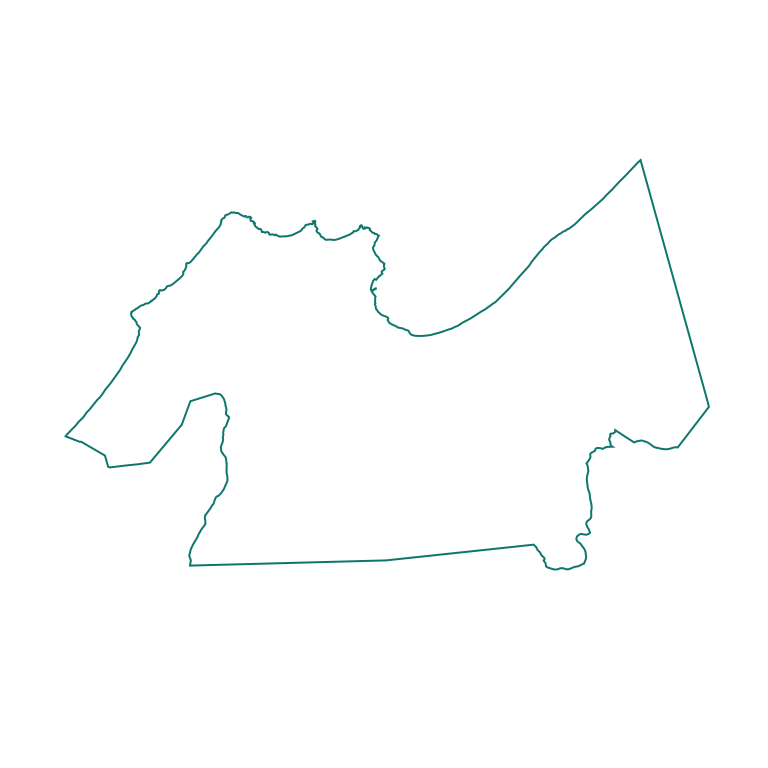 Paita, Piura, Peru, rotated 85°
{"feature_id": "86281439B31634859634019", "entity_name": "Paita", "entity_type": "district", "adm_level": 2, "iso_a3": "PER", "parent_name": "Peru", "parent_adm1": "Piura", "projection": "mercator", "projection_center": [-81.063, -5.08], "detail": "fine", "context": "isolated", "style": "outline", "palette": "teal", "viewbox_px": 768, "rotation_deg": 85, "n_neighbors": 0, "source": "geoboundaries", "source_scale": "gbopen_adm2", "svg_char_len": 6161}
<svg xmlns="http://www.w3.org/2000/svg" viewBox="0 0 768 768"><g transform="rotate(85 384 384)"><path d="M548.0,593.1L559.9,397.5L557.1,248.9L559.6,246.8L561.0,246.0L562.6,245.6L565.5,243.1L567.1,242.7L568.7,241.7L571.3,239.4L572.2,239.3L572.9,239.5L573.6,240.3L574.1,240.3L576.2,238.8L579.8,238.4L580.2,238.1L581.0,237.0L583.6,230.7L583.8,228.8L583.7,226.8L582.9,224.5L583.1,221.6L584.4,218.6L584.7,216.2L582.9,210.6L582.4,205.8L580.5,201.2L580.4,200.4L575.5,198.0L573.0,197.7L568.2,198.0L565.7,198.9L560.1,202.3L557.7,205.0L555.4,205.9L554.2,205.7L552.5,204.9L550.8,202.2L550.6,200.5L551.8,195.8L551.2,193.1L550.6,192.2L550.0,191.8L547.0,192.5L544.6,193.7L542.6,194.4L540.7,194.7L539.2,194.2L538.3,193.3L536.6,190.6L534.9,189.3L532.9,188.9L529.3,188.8L525.1,187.8L521.8,187.9L515.7,188.7L510.6,188.7L507.8,189.6L504.5,190.1L496.5,190.3L492.6,189.4L488.4,188.0L484.2,188.2L482.1,188.6L480.7,189.2L479.2,187.7L476.2,185.4L474.8,184.7L471.8,184.7L471.1,184.2L470.6,183.5L469.2,180.2L468.6,179.4L467.3,179.1L466.6,178.3L466.3,177.1L466.7,174.1L467.7,172.2L466.1,167.8L466.4,161.8L465.1,163.4L463.0,163.7L461.8,163.6L459.2,164.6L457.8,164.2L455.4,162.9L454.3,163.2L453.7,163.0L453.1,161.9L453.3,160.2L453.0,159.6L451.9,157.9L450.1,157.7L464.0,140.0L463.0,136.4L462.7,132.3L464.5,127.7L465.2,126.4L470.5,120.2L472.7,113.4L473.7,108.4L473.3,104.3L472.5,100.8L472.4,98.8L472.8,96.9L435.1,62.3L426.2,63.8L183.3,108.9L185.4,111.7L198.0,125.9L203.5,132.5L210.0,139.6L215.8,146.7L218.5,149.5L228.1,162.4L232.0,168.3L241.8,180.3L245.7,186.7L245.7,187.7L246.9,189.5L248.0,192.6L249.3,194.6L249.7,195.9L251.2,198.6L252.7,200.6L254.4,204.0L256.1,206.3L258.3,208.5L261.3,212.5L263.8,214.8L266.0,217.4L275.1,226.2L277.8,228.2L280.1,230.4L288.2,239.2L300.5,251.8L312.2,266.0L313.3,268.2L318.4,276.6L320.3,280.8L326.2,292.0L329.7,300.3L332.7,305.9L333.1,307.8L334.6,311.5L335.7,316.5L337.2,321.9L339.2,332.9L339.4,335.8L339.5,341.3L338.9,347.4L338.6,349.3L337.1,352.8L335.8,353.7L333.0,355.1L331.4,358.8L330.4,360.1L329.0,365.1L327.3,367.2L325.8,370.2L323.8,373.1L322.5,373.9L320.9,374.7L320.3,374.8L319.3,374.0L318.2,374.4L317.5,375.2L315.6,379.2L314.6,380.8L311.9,383.3L307.9,385.6L305.5,385.5L304.1,386.1L303.6,386.1L302.9,385.5L301.4,385.9L300.8,385.6L296.4,385.1L296.0,384.8L292.6,387.2L290.3,388.2L288.4,383.8L288.0,383.9L290.0,388.4L288.5,388.9L285.5,388.1L280.1,385.7L278.6,384.0L279.5,382.7L276.2,379.6L276.4,379.3L273.9,376.0L273.1,376.5L272.1,376.6L271.4,376.2L270.3,374.1L269.4,373.2L267.2,373.8L265.1,373.7L264.5,373.1L263.7,373.6L260.8,377.1L256.8,378.8L255.9,379.9L254.6,380.8L249.9,382.8L247.5,383.1L246.6,382.9L245.1,381.4L242.2,380.8L240.4,378.9L236.7,376.9L235.8,376.2L235.2,377.3L234.2,378.1L233.6,380.1L232.8,380.5L232.2,382.3L230.7,383.5L229.6,384.7L229.3,384.8L228.3,384.4L227.7,384.8L227.1,385.9L227.1,386.5L226.5,387.3L227.2,388.9L226.5,389.4L227.6,390.2L227.6,390.8L226.5,391.7L225.3,391.7L224.0,392.5L223.9,393.2L224.6,394.2L225.0,394.3L225.4,394.0L225.8,394.1L227.1,395.5L228.2,396.1L229.3,398.8L229.1,400.9L230.2,401.4L231.6,404.1L232.4,405.9L235.5,416.4L236.1,419.4L236.1,421.9L235.4,424.8L235.3,429.1L234.9,430.0L232.8,431.9L231.9,433.7L228.4,435.2L227.9,436.2L226.9,437.3L225.6,437.9L225.1,437.9L224.1,437.0L223.4,436.8L220.5,438.9L219.3,438.5L218.1,438.8L216.1,438.2L215.6,438.5L215.4,439.0L215.8,440.8L217.3,440.3L218.1,440.7L218.6,441.4L218.6,441.9L218.1,442.6L217.9,443.6L218.5,444.9L218.7,447.8L219.0,448.4L219.7,448.7L221.4,450.3L222.2,451.8L223.7,452.9L224.8,455.0L227.5,462.1L227.9,463.5L227.9,464.9L228.4,467.8L228.1,472.7L228.2,474.7L227.0,477.2L225.8,478.4L225.8,478.9L226.3,479.8L225.2,481.9L225.3,484.7L224.9,485.3L223.4,485.5L222.4,487.0L222.4,487.8L222.9,489.3L222.0,490.8L222.0,492.3L220.7,492.5L218.9,493.4L218.7,494.0L218.8,495.1L217.0,497.2L215.3,498.6L214.0,498.9L212.8,498.6L212.7,499.7L211.1,499.5L210.4,500.8L209.9,502.5L207.7,502.9L206.8,501.8L205.7,502.8L205.6,503.9L206.0,504.8L206.0,506.0L205.6,506.5L204.7,506.8L204.6,507.6L205.0,508.2L204.6,509.4L202.5,512.6L200.9,514.5L200.7,516.8L199.9,518.3L200.2,519.7L199.7,521.0L201.5,524.5L201.8,526.7L202.7,527.7L203.5,527.8L204.6,528.8L205.0,530.2L206.3,531.5L207.1,532.0L207.6,531.7L208.7,532.4L210.6,532.7L213.2,534.5L217.5,539.0L222.1,543.0L226.3,547.1L228.3,548.6L231.2,552.0L237.2,557.2L239.0,559.6L240.8,561.1L241.7,562.3L242.6,562.9L245.8,566.3L246.6,568.0L246.6,568.9L246.3,569.7L246.9,570.4L247.6,570.7L248.9,570.5L251.0,571.3L253.4,572.6L254.8,574.3L256.3,574.1L258.6,575.4L261.0,578.4L266.1,585.7L267.4,588.5L267.5,590.7L267.8,591.6L269.8,593.1L270.9,594.6L271.6,597.9L270.9,598.8L270.9,599.2L272.2,600.2L273.3,600.2L274.7,600.7L274.8,602.0L276.7,602.9L278.9,604.9L279.6,606.4L280.6,607.4L280.8,608.6L281.2,608.5L281.6,609.0L283.2,612.1L283.0,614.2L284.4,617.0L284.5,618.5L285.4,620.6L286.8,622.7L287.3,624.1L288.3,625.5L290.1,629.2L290.6,629.1L291.3,629.8L291.7,629.6L292.4,629.9L294.8,629.5L295.9,628.5L297.0,628.3L297.9,626.9L299.2,626.4L300.6,625.3L302.4,625.1L305.1,623.4L306.6,622.1L308.3,622.6L309.5,623.5L311.1,623.8L313.6,623.7L314.4,624.1L315.9,625.3L318.1,625.9L320.9,627.1L327.4,631.6L331.5,634.1L335.5,636.9L342.8,642.9L347.0,645.7L359.5,656.4L365.2,662.0L369.6,665.5L372.5,668.2L375.4,671.6L384.0,679.8L386.5,682.8L391.1,686.6L395.2,691.7L398.2,694.4L406.7,704.3L408.4,705.7L415.0,692.3L415.1,691.0L415.4,690.3L431.0,668.2L442.5,666.0L443.2,664.3L443.1,660.5L442.7,648.7L442.5,636.0L441.9,624.0L406.9,589.0L384.3,578.4L378.7,552.9L379.1,551.8L379.6,549.3L380.2,547.9L381.4,546.8L384.9,544.8L389.5,543.8L391.5,543.8L395.3,543.1L399.8,544.1L401.4,543.4L402.2,542.3L402.7,542.1L403.2,541.4L404.0,541.2L412.4,545.2L413.5,546.7L415.1,547.6L418.8,548.5L421.1,548.5L423.3,549.3L425.3,549.1L427.5,549.7L432.6,552.1L436.9,551.9L440.9,549.7L443.0,548.2L445.8,547.8L448.0,547.9L449.2,547.6L458.5,548.6L462.7,548.1L466.8,548.4L474.6,552.6L477.8,555.1L480.2,557.7L481.0,558.7L481.5,560.6L482.5,561.5L485.1,562.9L488.4,564.1L489.8,565.7L492.4,567.5L499.5,573.7L502.0,574.2L505.2,573.9L508.2,574.3L513.2,578.8L518.2,582.2L520.1,583.1L527.7,588.5L531.9,590.9L537.7,592.9L539.0,592.8L542.8,591.8L548.0,593.1Z" fill="none" stroke="#0f766e" stroke-width="2"/></g></svg>